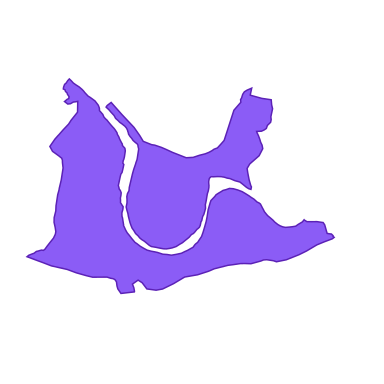 outline of Nag Hammadi, Qina, Egypt, rotated 12°
{"feature_id": "37247803B20461221508658", "entity_name": "Nag Hammadi", "entity_type": "district", "adm_level": 2, "iso_a3": "EGY", "parent_name": "Egypt", "parent_adm1": "Qina", "projection": "natural_earth1", "projection_center": [32.278, 26.068], "detail": "fine", "context": "isolated", "style": "filled", "palette": "violet", "viewbox_px": 384, "rotation_deg": 12, "n_neighbors": 0, "source": "geoboundaries", "source_scale": "gbopen_adm2", "svg_char_len": 5634}
<svg xmlns="http://www.w3.org/2000/svg" viewBox="0 0 384 384"><g transform="rotate(12 192 192)"><path d="M48.5,130.0L52.2,131.8L54.8,130.9L57.2,128.7L59.6,127.9L61.4,127.1L63.3,137.0L63.4,137.8L58.8,147.0L58.5,147.8L57.2,151.2L53.1,157.9L49.7,164.0L49.4,164.4L46.9,168.8L46.0,171.0L44.9,173.6L43.5,177.0L47.1,181.2L47.5,181.4L51.4,183.1L54.5,184.5L56.8,185.7L57.4,185.9L58.6,187.8L59.2,190.3L60.9,195.3L61.3,202.1L61.6,207.5L61.4,215.7L61.5,217.8L61.2,222.6L61.3,224.2L61.8,232.7L61.8,233.4L62.7,238.8L62.5,245.7L63.4,250.4L65.5,255.0L67.0,259.0L67.1,261.7L66.1,265.9L63.3,271.5L61.6,275.0L60.0,278.6L58.8,280.0L56.9,280.1L55.1,281.0L53.9,281.7L52.1,282.5L50.3,284.7L47.9,286.2L46.3,287.3L45.5,287.8L44.1,289.6L54.8,291.2L61.1,292.1L69.9,293.5L86.1,293.7L95.6,295.1L105.9,295.8L112.5,296.0L117.4,294.9L126.6,292.9L130.4,293.3L132.9,293.2L134.8,293.7L136.8,295.6L138.2,299.6L139.6,302.2L143.6,306.0L156.4,301.7L156.4,301.1L155.0,297.7L152.9,294.5L156.1,291.0L157.6,289.4L162.1,291.1L168.0,296.2L177.3,295.5L183.4,293.0L193.0,285.5L202.5,276.7L214.7,271.8L224.3,266.3L225.8,265.3L229.7,262.5L242.5,256.2L247.4,254.5L254.1,252.0L258.4,251.0L264.6,249.9L273.7,245.2L276.1,243.6L279.2,242.7L286.0,242.3L289.1,242.7L292.8,241.1L298.3,238.7L309.7,231.1L316.3,225.9L317.7,224.6L325.2,217.7L331.8,213.2L339.0,208.6L340.5,206.8L339.1,206.0L339.1,205.4L337.1,204.1L335.3,204.3L332.8,204.4L331.4,201.8L329.3,197.8L328.6,196.5L326.6,194.6L325.4,194.7L320.4,195.0L315.5,196.1L310.6,197.1L307.5,196.0L307.4,195.9L306.2,198.3L302.6,201.6L300.5,203.9L297.1,205.2L294.4,206.1L290.7,207.2L287.8,207.2L285.0,206.7L282.6,205.9L279.0,204.1L277.2,202.8L274.3,201.2L270.9,199.4L269.1,198.0L266.9,196.2L265.5,194.4L264.1,192.8L262.9,191.3L261.4,189.5L259.7,188.7L257.8,188.3L254.1,186.1L250.6,184.8L248.6,183.9L244.5,182.4L240.9,181.2L236.3,180.5L231.7,180.2L227.9,180.7L224.8,182.6L222.0,184.0L220.5,185.5L218.3,187.5L216.1,189.7L215.2,191.7L212.3,196.4L212.0,198.7L211.5,206.1L211.9,212.8L212.0,217.9L211.7,222.6L211.2,229.1L210.6,233.6L209.1,237.2L208.0,240.1L206.3,242.1L205.6,243.3L204.6,245.7L203.9,246.4L202.8,247.3L199.8,250.0L197.3,251.8L194.4,254.1L189.7,256.2L185.0,258.1L180.7,258.3L176.4,258.9L170.8,258.3L168.0,258.3L164.3,258.4L160.2,258.2L156.5,257.1L152.6,255.8L148.7,253.9L146.8,253.2L142.8,250.1L139.9,247.6L137.0,245.3L134.9,242.9L133.3,240.7L132.0,239.0L131.8,237.9L131.7,237.8L130.4,234.4L129.4,231.7L128.6,230.4L127.8,227.2L127.8,225.7L127.9,225.0L128.0,223.8L127.9,222.3L127.7,220.7L126.4,219.5L125.2,218.2L124.3,217.4L124.0,215.9L123.8,214.9L123.2,212.8L123.2,210.1L122.9,207.5L121.5,205.3L120.3,204.4L120.0,203.8L119.5,202.6L118.6,201.0L118.6,192.5L118.7,189.4L119.5,187.5L119.6,184.1L119.6,179.3L118.4,178.2L118.3,177.2L118.2,175.7L118.5,174.2L118.6,171.7L118.4,168.5L118.2,165.6L117.3,163.2L114.2,160.9L113.9,159.6L113.4,159.1L112.2,157.7L110.1,155.1L108.9,153.2L107.0,151.1L106.3,149.6L106.0,149.3L103.8,147.1L102.4,145.9L100.8,144.8L98.8,143.3L97.1,142.0L95.0,140.3L94.0,139.4L93.9,139.4L91.9,138.2L90.2,136.9L88.6,134.6L87.6,133.9L86.5,133.0L84.9,131.9L84.3,131.0L84.3,130.1L83.6,128.6L83.4,128.3L82.3,126.6L80.9,125.4L80.3,124.9L78.2,123.1L75.8,122.0L72.9,120.7L70.4,119.8L66.4,117.0L65.0,115.8L63.1,114.5L59.8,112.7L56.1,111.3L53.3,110.1L50.8,108.3L48.5,106.9L47.3,108.9L46.2,111.7L45.0,113.2L44.6,116.0L44.6,116.6L44.7,118.0L46.6,118.5L47.3,119.9L49.2,121.1L49.9,122.4L51.3,123.7L51.9,124.3L52.0,126.3L50.8,127.1L50.2,127.8L49.1,129.3L48.5,130.0ZM91.0,125.1L90.3,126.8L90.9,127.2L93.6,128.8L95.8,130.5L99.9,133.4L102.0,135.9L104.7,137.4L106.9,138.9L109.3,139.9L112.7,141.6L114.5,143.0L115.9,144.7L116.9,146.6L117.2,146.9L117.9,148.6L119.9,150.6L121.9,152.1L123.6,153.8L126.4,155.4L128.5,156.4L129.4,157.5L129.8,158.8L130.9,161.0L131.1,164.2L131.4,169.5L131.5,171.6L131.0,175.5L131.0,176.3L130.3,182.0L130.0,186.5L129.9,190.9L129.8,195.7L129.7,200.5L130.1,203.8L129.2,207.0L129.2,210.0L130.0,212.9L130.7,216.3L130.7,220.3L132.1,223.3L133.7,226.2L134.9,229.2L137.7,234.8L139.1,237.1L140.9,239.8L143.0,241.7L145.5,244.4L148.4,246.1L150.3,247.7L152.5,248.9L155.7,250.1L159.3,252.0L161.4,253.1L163.6,253.8L165.7,253.7L168.3,253.6L171.4,253.6L175.8,253.5L178.7,253.0L181.4,252.0L184.2,250.8L187.9,248.6L190.5,246.0L193.2,243.6L195.8,240.3L197.4,238.4L198.7,236.7L200.0,234.2L200.8,233.3L202.0,232.3L203.0,230.7L203.9,228.9L204.6,227.5L205.5,226.5L206.6,224.9L207.0,222.9L207.0,219.2L207.5,218.0L207.5,214.2L207.8,212.8L208.2,211.7L208.5,208.1L208.6,205.1L208.2,203.5L207.7,201.7L207.7,197.4L207.5,193.5L207.4,190.7L207.4,190.3L207.7,187.6L207.6,184.2L207.2,181.9L206.8,180.8L206.2,178.6L206.1,177.0L206.1,175.5L206.6,174.1L207.4,173.2L208.1,172.9L209.0,172.8L210.4,172.5L213.7,171.6L217.5,170.9L218.4,170.9L220.2,170.8L221.7,170.9L223.2,171.1L226.4,171.0L228.5,171.4L231.6,172.0L236.8,172.3L239.7,173.7L242.0,174.9L244.3,176.1L246.8,177.0L249.1,177.2L249.1,174.7L248.1,173.4L245.3,168.1L242.5,161.5L241.0,157.5L242.6,152.7L243.6,151.3L250.1,142.6L252.2,134.9L250.8,131.6L248.8,129.0L247.4,126.4L246.3,124.7L245.3,123.1L243.3,120.5L242.6,119.3L247.3,118.1L249.8,116.2L251.5,114.4L251.9,111.2L254.4,107.5L254.4,104.8L253.5,102.0L253.5,93.8L251.8,90.2L250.3,85.3L240.8,85.9L228.9,85.2L228.8,84.7L228.8,78.0L224.7,80.9L222.4,83.1L221.3,85.9L220.9,90.0L220.3,91.4L221.1,94.1L216.0,103.3L213.6,126.6L212.7,134.9L210.4,139.0L207.7,143.6L204.6,145.6L203.0,147.4L200.3,149.7L197.0,151.9L191.7,154.5L185.9,157.9L184.7,158.2L179.2,159.7L164.7,157.3L157.7,155.7L152.7,154.7L145.8,153.9L142.7,154.1L133.8,152.6L129.2,147.7L121.9,140.9L107.2,130.7L94.3,121.2L91.8,124.1L91.0,125.1Z" fill="#8b5cf6" stroke="#5b21b6" stroke-width="1.5"/></g></svg>